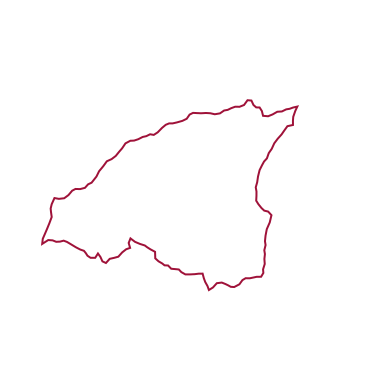 the district of Rio Acima, Minas Gerais, Brazil, rotated 37°
{"feature_id": "56859067B29785661724315", "entity_name": "Rio Acima", "entity_type": "district", "adm_level": 2, "iso_a3": "BRA", "parent_name": "Brazil", "parent_adm1": "Minas Gerais", "projection": "equal_earth", "projection_center": [-43.772, -20.098], "detail": "fine", "context": "isolated", "style": "outline", "palette": "rose", "viewbox_px": 384, "rotation_deg": 37, "n_neighbors": 0, "source": "geoboundaries", "source_scale": "gbopen_adm2", "svg_char_len": 2201}
<svg xmlns="http://www.w3.org/2000/svg" viewBox="0 0 384 384"><g transform="rotate(37 192 192)"><path d="M224.7,60.4L221.9,63.7L219.9,66.8L217.5,69.3L215.3,73.6L211.8,76.6L209.7,81.5L207.2,85.7L202.9,88.4L199.1,85.3L195.1,83.8L192.4,85.8L188.7,85.5L184.4,83.2L181.1,85.3L181.2,91.2L178.7,95.3L175.1,98.0L172.9,101.4L171.1,104.9L168.6,107.6L167.0,112.4L163.4,116.2L159.2,118.1L155.6,120.5L151.8,123.7L148.6,125.9L145.2,128.2L143.5,131.6L143.7,136.7L141.5,141.0L138.0,145.6L135.3,148.8L132.5,150.9L130.6,154.1L129.5,158.8L128.7,165.0L127.1,169.4L123.8,171.1L121.9,174.9L119.5,177.7L117.3,182.2L114.8,185.8L111.9,188.2L109.6,193.2L109.9,199.3L109.6,203.6L109.4,209.1L108.0,214.1L105.5,218.7L105.6,224.9L105.3,231.3L106.4,237.2L106.2,245.0L104.4,248.4L104.0,253.1L100.9,257.0L97.1,259.7L95.5,263.1L95.2,268.8L93.7,273.9L89.8,277.6L85.8,279.6L87.3,286.2L89.1,290.3L91.4,292.8L95.0,296.4L96.9,302.8L98.5,308.9L99.7,313.8L101.0,319.2L103.6,323.6L106.1,316.9L109.8,314.5L113.5,313.5L116.4,311.1L118.8,308.1L122.2,307.1L126.8,306.6L132.7,306.0L137.4,305.2L141.1,304.0L143.9,304.7L146.9,305.8L150.6,305.6L154.3,302.8L153.9,297.7L158.0,299.0L162.2,301.3L166.0,300.5L166.5,294.9L169.4,291.5L172.1,288.0L172.6,282.2L173.9,277.3L176.2,273.9L172.1,270.8L170.8,266.1L176.5,266.1L181.7,264.8L186.5,263.1L189.5,263.1L193.3,262.8L198.5,262.0L202.6,267.1L207.0,267.5L211.2,267.0L214.2,267.1L217.1,265.1L221.6,265.8L225.3,263.5L228.1,261.8L231.7,262.4L236.3,261.8L240.0,259.0L243.6,256.0L246.4,253.3L249.6,250.8L253.3,253.7L256.7,255.9L261.0,257.8L264.5,260.1L266.2,255.6L266.7,249.9L270.3,246.4L274.0,245.4L277.0,244.8L280.0,244.4L282.9,242.5L285.4,237.2L285.3,232.0L286.7,228.6L290.1,226.1L294.7,220.8L298.2,218.1L297.7,213.7L295.3,211.0L293.4,205.7L290.1,201.9L287.6,197.7L284.8,195.0L282.7,190.1L279.9,187.4L277.0,182.6L274.1,176.7L272.4,169.5L269.4,162.7L264.6,161.8L260.9,163.4L257.2,163.0L252.4,161.8L248.5,160.3L245.8,156.3L243.2,152.8L240.1,149.9L238.2,145.0L235.4,139.9L232.8,133.8L231.8,128.4L231.2,124.3L231.6,120.1L229.9,114.7L229.7,109.5L228.4,103.6L228.4,97.9L228.9,92.1L228.7,87.6L228.6,82.0L232.3,77.7L229.7,74.3L227.6,71.0L225.7,65.1L224.7,60.4Z" fill="none" stroke="#9f1239" stroke-width="2"/></g></svg>